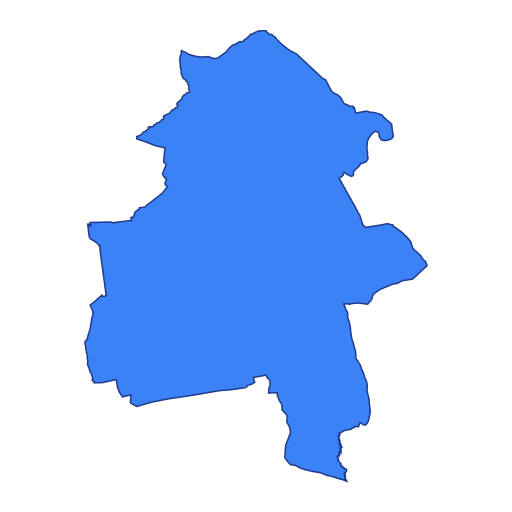 outline of Mandra, Brasov, Romania
{"feature_id": "2599482B32750582414869", "entity_name": "Mandra", "entity_type": "district", "adm_level": 2, "iso_a3": "ROU", "parent_name": "Romania", "parent_adm1": "Brasov", "projection": "robinson", "projection_center": [25.054, 45.815], "detail": "fine", "context": "isolated", "style": "filled", "palette": "blue", "viewbox_px": 512, "rotation_deg": 0, "n_neighbors": 0, "source": "geoboundaries", "source_scale": "gbopen_adm2", "svg_char_len": 6024}
<svg xmlns="http://www.w3.org/2000/svg" viewBox="0 0 512 512"><path d="M346.7,481.3L346.5,480.9L346.2,480.9L346.2,480.6L346.6,480.5L346.6,480.2L345.5,480.1L345.0,479.2L345.4,479.2L345.4,478.9L344.8,478.5L345.3,478.1L344.8,477.5L345.5,476.5L345.4,476.2L344.8,476.3L344.9,475.7L344.5,475.4L344.9,475.0L344.6,474.8L344.8,474.3L344.4,474.0L345.1,473.8L345.1,473.5L344.6,473.4L344.6,472.5L345.2,472.1L345.6,472.3L346.1,471.7L346.4,471.2L346.7,469.9L346.2,469.1L344.6,469.1L344.5,468.5L343.2,467.9L343.5,467.5L342.6,467.2L342.6,466.7L341.7,466.3L341.8,465.9L341.0,465.7L340.7,465.4L341.0,464.0L340.6,463.9L340.7,463.4L339.8,462.8L339.6,462.1L338.0,460.8L338.5,460.4L338.5,459.2L338.0,459.0L338.2,458.5L337.7,458.4L337.7,458.1L338.0,458.1L337.7,457.6L337.8,457.3L337.4,456.9L337.7,456.7L337.5,456.2L338.0,455.5L338.8,455.2L339.1,455.7L339.3,455.1L338.9,454.8L339.0,454.6L339.7,454.7L339.6,454.0L340.0,453.4L339.4,453.7L339.2,452.2L340.3,452.5L339.5,451.7L339.9,451.3L340.4,451.7L340.8,451.3L340.8,451.6L341.0,451.6L341.1,449.7L340.5,449.0L339.9,449.1L339.6,448.6L339.8,448.2L340.0,448.5L340.9,448.3L340.6,447.7L340.8,447.0L341.0,447.3L341.9,447.2L341.3,446.0L340.4,446.1L340.0,445.6L340.3,445.0L340.9,445.4L340.9,444.8L339.7,444.3L340.0,444.1L339.5,443.9L339.3,442.2L340.0,442.4L339.3,441.1L338.8,440.8L339.0,440.3L339.8,440.5L339.6,439.9L338.5,439.3L339.1,438.8L339.1,438.0L338.7,437.6L339.1,437.2L339.0,436.5L338.2,436.3L338.3,436.0L340.1,434.6L339.1,433.7L339.2,433.0L340.6,432.7L344.6,430.5L351.0,429.2L352.7,428.0L354.1,427.6L354.2,427.0L354.8,426.6L358.5,426.7L359.6,423.1L360.6,423.0L363.5,424.8L365.3,425.1L367.2,423.2L368.1,421.5L369.1,418.1L370.1,413.3L370.2,410.1L369.2,402.8L369.2,399.9L367.0,390.9L367.3,385.0L366.5,381.3L366.1,380.1L365.1,378.6L363.8,374.1L362.2,370.0L361.1,368.6L361.1,367.1L359.6,363.8L358.6,362.5L357.5,360.2L356.1,359.6L355.6,352.0L353.1,342.5L351.8,338.8L350.6,331.0L350.4,327.7L349.4,322.5L348.2,319.2L347.4,316.2L347.8,314.3L347.6,312.7L347.1,311.4L346.2,310.3L344.5,305.5L343.6,304.4L343.6,303.8L347.9,303.9L349.5,304.3L351.7,303.6L358.1,303.0L367.7,304.2L369.2,302.2L371.0,300.4L371.9,298.9L372.6,295.9L373.5,294.2L375.8,292.4L380.5,289.2L391.6,284.6L395.9,283.3L396.1,283.7L397.1,283.5L402.4,280.7L412.6,279.1L427.1,265.6L425.5,261.5L424.6,260.9L422.2,258.3L421.1,256.1L418.1,253.4L417.1,252.1L414.4,250.2L413.8,249.4L412.6,247.6L411.6,244.8L411.0,242.1L409.8,240.5L405.9,236.0L404.3,235.1L402.9,233.1L396.3,228.1L392.6,226.0L392.4,225.3L393.7,224.9L392.3,225.0L388.1,223.8L386.0,223.9L381.4,224.9L365.3,227.4L364.2,225.9L363.0,225.3L359.7,215.1L357.9,212.3L356.0,208.4L339.2,178.4L339.4,178.0L342.1,176.3L343.1,175.3L343.7,172.5L344.5,172.6L346.3,173.9L350.5,176.1L351.7,176.2L352.5,176.0L353.4,175.1L353.6,174.3L353.3,172.3L354.5,170.5L359.0,166.2L360.8,163.7L365.8,162.0L367.8,159.4L367.9,157.6L367.3,153.9L367.6,152.6L367.0,149.3L366.9,147.1L367.4,141.4L368.5,138.6L370.2,136.1L373.5,132.3L375.5,131.3L378.0,132.1L378.9,133.4L379.5,137.3L381.7,140.1L385.5,140.6L388.1,140.1L391.4,138.8L392.4,137.9L393.2,136.4L393.2,134.3L392.4,131.4L391.7,124.3L390.5,123.3L390.4,122.9L386.5,119.8L384.7,117.9L383.7,117.4L382.3,115.3L381.6,114.8L377.5,113.4L372.9,112.4L369.8,112.2L367.2,111.2L365.2,111.3L355.8,113.1L354.3,107.6L353.3,108.0L353.0,106.2L350.6,106.4L345.2,104.0L344.1,103.8L340.7,97.5L337.8,95.0L333.6,92.9L331.4,90.9L325.6,79.9L322.5,78.3L296.5,53.9L289.6,50.4L281.7,44.3L276.5,39.1L275.2,37.0L273.8,36.5L272.3,34.9L271.6,34.5L269.5,34.4L267.0,32.2L266.2,30.9L264.9,30.7L258.8,30.9L254.9,32.5L252.4,33.8L250.3,34.4L249.7,35.5L246.8,38.2L244.7,39.6L242.5,41.8L241.2,41.9L240.0,41.5L239.1,42.1L238.3,42.3L237.1,43.4L232.2,45.4L231.0,46.8L229.7,47.6L225.8,52.2L217.7,58.0L215.9,58.6L212.6,58.2L208.2,56.5L204.7,57.0L199.2,56.9L194.4,56.0L188.3,54.2L186.1,52.7L181.4,50.6L181.3,53.8L180.2,56.2L179.7,61.6L180.1,62.5L180.5,68.4L181.4,71.7L181.1,73.3L183.1,78.3L184.9,79.5L185.8,80.3L186.2,81.3L188.1,82.9L188.1,84.7L188.7,85.9L188.7,87.9L189.5,92.2L186.5,93.1L185.3,94.8L184.2,94.8L182.4,96.8L181.5,99.3L177.0,103.1L177.0,105.2L177.9,105.5L176.9,107.8L175.4,107.8L173.7,109.8L172.4,109.8L168.9,113.9L168.1,113.9L164.1,115.7L163.5,116.7L163.5,119.3L161.4,120.0L160.7,121.6L159.9,121.6L158.8,122.7L157.4,122.7L155.0,124.7L153.9,124.9L153.5,126.3L151.2,127.2L150.2,126.5L148.2,127.3L148.7,129.1L147.3,129.6L144.9,131.7L143.6,131.9L142.2,133.6L140.0,135.4L136.8,136.5L136.8,138.9L145.4,141.8L153.6,145.0L156.9,146.1L163.3,147.4L165.1,148.2L164.4,152.9L163.7,162.3L166.3,164.3L162.4,174.0L164.5,177.5L165.4,177.5L166.3,179.6L165.0,182.9L165.4,184.9L167.6,186.5L162.4,193.1L145.3,206.5L144.9,207.1L139.5,207.7L139.6,208.3L138.6,209.4L135.1,211.9L133.3,217.5L132.1,217.1L130.9,217.5L131.6,220.4L112.4,222.8L111.2,222.0L90.0,222.5L90.2,224.1L87.6,224.2L87.8,225.2L91.2,225.1L91.3,225.6L88.0,225.9L88.7,233.4L89.5,237.7L90.8,239.2L93.3,240.4L95.6,242.0L98.6,244.6L99.3,246.0L100.3,245.9L99.9,247.7L100.2,251.3L106.2,295.7L103.4,296.5L102.7,296.0L101.9,296.1L101.8,295.2L95.6,300.8L90.1,305.2L92.5,310.3L93.0,314.4L91.9,318.0L90.1,329.1L88.1,335.3L87.5,338.2L86.5,340.1L85.1,341.3L84.9,343.4L85.4,345.3L86.5,353.0L87.4,355.6L87.2,357.7L87.8,361.3L87.4,364.0L89.4,369.1L90.1,371.9L90.8,372.8L92.1,375.9L92.7,378.4L92.1,379.8L92.6,380.9L93.8,381.1L94.3,381.6L94.1,382.8L101.9,382.7L116.2,379.6L117.6,387.7L119.7,392.8L120.9,394.3L122.4,396.9L130.8,394.9L130.6,400.6L130.3,402.1L130.9,403.1L136.7,406.5L152.0,402.1L168.1,398.9L192.4,395.3L219.7,390.6L231.1,389.7L245.0,387.7L246.6,386.9L247.8,385.4L251.9,384.1L254.7,382.3L253.3,377.5L266.0,375.2L267.3,377.9L269.6,380.0L269.9,380.7L270.1,385.5L269.0,387.5L268.6,393.0L277.2,392.7L277.3,395.2L279.5,400.9L281.8,404.4L282.2,408.9L281.9,409.7L287.1,415.3L286.9,422.2L289.8,427.7L290.5,432.6L285.7,445.3L285.6,446.4L284.8,456.8L285.0,457.9L287.7,461.6L290.7,464.8L293.2,464.9L296.5,465.8L299.8,467.9L305.6,469.8L311.5,471.2L320.7,472.8L326.4,475.2L333.4,476.8L336.8,478.1L342.7,479.7L346.7,481.3Z" fill="#3b82f6" stroke="#1e3a8a" stroke-width="1.5"/></svg>